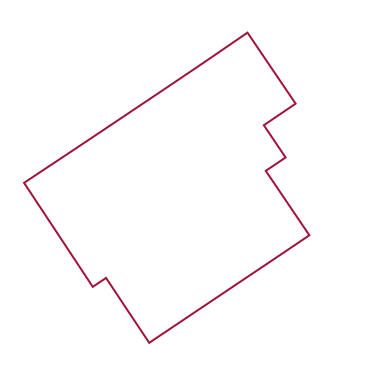 the district of Burke, North Dakota, United States of America, rotated 326°
{"feature_id": "52423323B74352330437058", "entity_name": "Burke", "entity_type": "district", "adm_level": 2, "iso_a3": "USA", "parent_name": "United States of America", "parent_adm1": "North Dakota", "projection": "albers", "projection_center": [-102.401, 48.773], "detail": "fine", "context": "isolated", "style": "outline", "palette": "rose", "viewbox_px": 384, "rotation_deg": 326, "n_neighbors": 0, "source": "geoboundaries", "source_scale": "gbopen_adm2", "svg_char_len": 369}
<svg xmlns="http://www.w3.org/2000/svg" viewBox="0 0 384 384"><g transform="rotate(326 192 192)"><path d="M327.1,90.9L326.7,90.9L275.6,91.3L269.3,91.3L224.0,91.3L134.5,91.0L57.9,90.5L56.7,215.1L72.7,215.2L72.4,254.2L72.2,293.1L226.8,293.5L265.1,293.5L265.0,215.7L288.9,215.7L288.9,176.8L327.3,176.7L327.1,90.9Z" fill="none" stroke="#9f1239" stroke-width="2"/></g></svg>